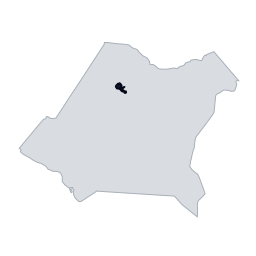 Rongai, Rift Valley, Kenya shown in context, rotated 94°
{"feature_id": "3690345B22198050855445", "entity_name": "Rongai", "entity_type": "district", "adm_level": 2, "iso_a3": "KEN", "parent_name": "Kenya", "parent_adm1": "Rift Valley", "projection": "orthographic", "projection_center": [36.019, -0.061], "detail": "fine", "context": "in_parent", "style": "filled", "palette": "ink", "viewbox_px": 256, "rotation_deg": 94, "n_neighbors": 0, "source": "geoboundaries", "source_scale": "gbopen_adm2", "svg_char_len": 5009}
<svg xmlns="http://www.w3.org/2000/svg" viewBox="0 0 256 256"><g transform="rotate(94 128 128)"><path d="M44.3,157.5L44.2,153.9L44.7,144.8L44.7,136.7L45.1,132.7L47.1,130.2L48.0,128.3L48.7,125.7L49.7,123.6L52.1,121.9L52.5,121.0L55.0,118.1L56.5,114.4L57.6,113.2L59.0,112.0L60.0,111.4L61.6,110.8L62.9,110.5L63.1,110.2L63.2,109.6L62.8,107.3L63.4,106.6L64.2,105.0L65.2,103.6L66.1,102.7L66.6,101.8L66.9,100.2L66.9,99.0L66.9,97.2L66.6,93.0L65.6,89.4L64.9,85.5L65.4,84.2L64.6,81.9L64.2,81.8L63.5,81.3L62.6,79.1L62.0,77.1L61.6,76.6L58.8,74.8L57.4,70.7L55.8,69.8L55.0,65.7L54.8,64.6L55.7,60.5L55.6,59.6L54.7,58.7L52.0,57.9L49.9,56.2L50.2,55.6L50.3,55.0L49.2,54.6L45.9,47.6L50.2,43.4L54.4,39.2L59.9,33.9L64.9,29.0L69.2,24.7L73.1,20.9L73.0,21.7L73.0,22.6L73.5,23.2L74.3,23.6L75.4,23.2L76.4,22.6L77.3,22.5L83.1,24.1L84.0,25.4L84.0,26.9L84.2,28.0L83.8,29.0L83.3,32.3L83.5,35.3L85.2,37.5L86.7,39.2L88.0,41.7L88.9,42.4L90.1,42.8L94.1,42.9L100.0,43.1L105.7,43.2L106.2,43.3L107.4,43.6L112.7,46.9L117.4,49.9L121.5,52.5L125.4,55.1L129.3,57.6L132.2,59.6L135.2,60.2L139.9,60.5L143.2,60.6L146.2,61.5L150.8,62.3L154.1,62.7L156.2,63.2L161.8,63.7L162.7,63.4L165.2,61.1L168.0,57.4L169.1,55.4L172.7,53.3L179.0,50.5L183.4,48.5L188.3,46.5L190.6,48.3L193.7,51.0L195.1,52.4L196.2,53.0L197.9,53.4L200.0,53.4L201.1,53.4L203.4,53.0L208.7,52.7L211.8,52.7L209.2,56.4L206.2,60.9L200.5,69.0L196.2,73.3L193.0,76.6L192.7,77.2L192.7,80.8L192.8,89.6L192.9,107.4L193.0,125.1L193.1,142.9L193.1,151.7L193.1,154.7L196.0,158.4L198.8,162.1L202.5,166.9L204.4,169.5L204.8,170.3L204.7,172.1L201.6,175.7L199.1,177.3L195.7,178.1L194.7,178.0L193.4,177.4L192.9,178.3L192.5,179.7L191.7,179.4L191.2,179.0L191.5,181.4L191.8,182.6L191.3,184.2L189.7,185.6L189.5,186.7L186.0,189.8L181.0,190.2L178.3,191.7L177.1,193.0L176.2,195.7L176.5,199.9L175.1,203.2L174.8,204.8L172.2,206.9L171.1,208.8L170.2,210.8L169.5,211.6L168.6,216.0L167.4,218.7L167.0,219.6L166.7,220.4L165.8,221.9L165.2,223.0L164.7,223.7L161.6,230.6L159.2,233.7L157.4,233.3L156.1,234.5L156.0,235.1L155.3,234.7L153.8,233.6L150.6,231.3L147.3,229.0L144.1,226.7L140.9,224.3L137.7,222.0L134.5,219.7L131.3,217.4L128.1,215.0L126.2,213.7L125.3,212.9L124.7,211.3L124.4,210.9L123.5,210.4L122.5,210.3L122.2,210.0L122.2,209.2L122.6,208.1L123.8,205.9L123.9,204.7L123.7,203.3L123.3,201.0L123.0,200.5L120.8,199.3L116.4,196.8L111.9,194.3L107.4,191.8L102.9,189.3L98.4,186.8L94.0,184.3L89.5,181.7L85.0,179.2L80.5,176.7L76.0,174.2L71.5,171.7L67.0,169.2L62.6,166.7L58.1,164.2L53.6,161.7L49.1,159.2L47.4,158.3L45.9,157.5L44.3,157.5ZM193.4,181.8L192.6,182.0L193.0,180.8L195.3,179.2L196.2,179.6L196.4,179.9L196.3,180.3L196.0,180.6L193.4,181.8Z" fill="#d9dde1" stroke="#a8b0b8" stroke-width="1"/><path d="M89.6,140.3L89.6,140.1L89.6,139.9L89.4,139.8L89.1,139.7L88.9,139.6L89.0,139.5L89.0,139.4L89.0,139.2L88.8,139.0L88.8,138.9L88.8,138.7L88.8,138.4L88.8,138.2L89.0,138.2L89.4,138.0L89.5,137.9L89.7,138.1L89.7,138.3L89.7,138.5L89.8,138.5L89.9,138.8L90.0,138.8L90.0,138.7L90.0,138.4L90.0,138.2L90.2,137.8L90.2,137.7L90.3,137.7L90.4,137.8L90.5,137.8L90.8,137.9L90.9,137.7L91.0,137.5L91.1,137.4L91.2,137.0L91.4,137.1L91.5,137.0L91.5,136.9L91.6,137.0L91.7,136.8L91.8,136.7L92.0,136.4L92.1,136.0L92.1,135.9L92.2,135.7L92.2,135.4L92.1,135.1L92.2,134.9L92.3,134.7L92.4,134.4L92.4,134.2L92.5,134.2L92.8,134.2L93.0,134.2L93.2,133.9L93.3,133.8L93.4,133.6L93.5,133.4L93.5,133.2L93.3,133.0L93.3,132.9L93.2,132.8L93.2,132.7L93.0,132.4L92.9,132.4L92.7,132.4L92.6,132.2L92.4,132.2L92.2,132.3L91.9,132.4L91.7,132.4L91.5,132.5L91.5,132.8L91.5,133.0L91.4,133.2L91.4,133.3L91.4,133.5L91.3,133.8L91.3,134.0L91.2,134.2L91.2,134.3L91.2,134.5L91.1,134.8L91.1,135.0L90.8,135.1L90.7,135.1L90.7,135.3L90.7,135.5L90.8,135.9L90.8,136.0L90.7,136.3L90.5,136.5L90.4,136.6L90.1,136.5L89.9,136.4L89.7,136.3L89.5,136.2L89.4,136.1L89.3,135.9L89.2,135.9L88.9,135.8L88.7,135.7L88.5,135.4L88.4,135.2L88.2,135.1L87.9,135.1L87.7,135.1L87.7,134.9L87.7,134.7L87.5,134.4L87.4,134.4L87.2,134.3L87.1,134.5L87.0,134.9L86.9,134.9L87.1,135.0L87.3,135.3L87.6,135.6L87.8,135.8L87.9,136.0L88.0,136.0L87.9,136.2L87.9,136.3L87.8,136.5L87.7,136.7L87.7,136.8L87.6,137.0L87.4,137.2L87.4,137.3L87.3,137.5L87.2,137.5L87.0,137.8L86.9,137.8L86.9,138.0L86.7,138.1L86.5,137.8L86.5,137.7L86.4,137.6L86.3,137.4L86.2,137.4L86.0,137.2L85.9,137.2L85.7,137.3L85.6,137.5L85.4,137.7L85.3,138.0L85.2,138.1L85.0,138.4L84.8,138.6L84.6,138.8L84.6,138.7L84.4,138.5L84.4,138.4L84.2,138.5L84.0,138.8L84.0,139.1L84.0,139.3L84.0,139.5L84.0,139.8L83.9,139.9L84.1,140.0L84.3,140.2L84.5,140.3L84.9,140.5L84.7,140.6L84.6,140.8L84.5,141.0L84.4,141.1L84.4,141.3L84.6,141.5L84.9,141.7L85.0,141.7L85.1,141.8L85.4,141.8L85.5,141.9L85.4,142.0L85.5,142.1L85.7,142.3L85.7,142.2L85.8,142.2L86.0,142.3L86.4,142.5L86.5,142.6L86.8,142.7L87.0,142.9L87.2,143.0L87.3,143.0L87.5,143.0L87.8,143.2L88.0,143.1L88.1,142.9L88.2,142.7L88.3,142.7L88.5,142.6L88.7,142.2L88.8,142.2L89.0,142.1L89.3,142.1L89.3,141.9L89.4,141.7L89.5,141.6L89.6,141.4L89.6,141.2L89.6,140.9L89.6,140.3Z" fill="#0f172a" stroke="#020617" stroke-width="1.5"/></g></svg>